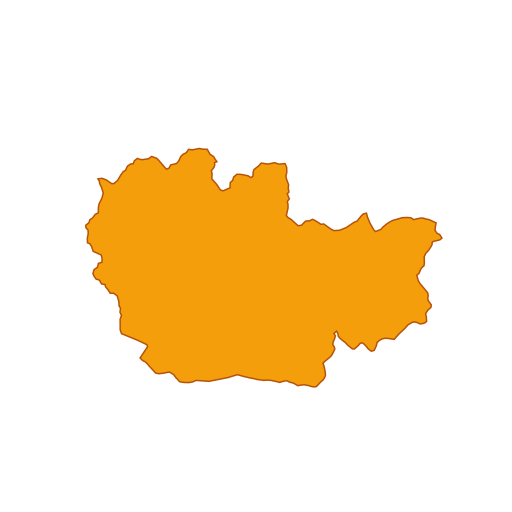 outline of Acauã, Piauí, Brazil, rotated 227°
{"feature_id": "56859067B70456575325692", "entity_name": "Acauã", "entity_type": "district", "adm_level": 2, "iso_a3": "BRA", "parent_name": "Brazil", "parent_adm1": "Piauí", "projection": "albers", "projection_center": [-41.014, -8.33], "detail": "fine", "context": "isolated", "style": "filled", "palette": "amber", "viewbox_px": 512, "rotation_deg": 227, "n_neighbors": 0, "source": "geoboundaries", "source_scale": "gbopen_adm2", "svg_char_len": 3941}
<svg xmlns="http://www.w3.org/2000/svg" viewBox="0 0 512 512"><g transform="rotate(227 256 256)"><path d="M290.9,104.7L274.8,112.1L265.6,115.7L263.6,114.8L260.5,101.7L256.8,101.8L253.9,102.9L251.1,103.0L247.8,102.8L244.2,102.8L238.7,102.8L236.1,104.7L234.1,107.4L232.7,109.5L231.6,111.4L230.1,113.6L225.1,114.9L221.6,114.4L218.7,114.5L216.1,114.4L213.2,116.6L211.5,118.2L209.1,120.7L207.1,123.8L205.9,127.3L198.3,134.4L196.5,136.0L186.2,152.6L183.8,157.6L181.9,161.4L175.6,165.3L170.7,168.6L167.1,171.3L165.2,172.4L159.7,176.9L157.7,179.5L154.6,182.3L149.8,185.6L147.4,187.1L145.5,191.0L143.7,193.5L140.7,194.6L137.4,196.7L132.6,198.2L131.0,200.7L128.9,203.5L125.2,206.2L122.5,207.7L120.9,209.0L119.4,210.8L119.4,212.9L119.6,215.6L119.7,218.1L119.6,220.6L120.1,222.6L121.1,225.1L122.6,226.5L125.3,228.4L129.2,230.7L131.8,231.8L132.0,234.8L131.8,237.4L131.6,241.8L131.9,244.2L132.9,246.9L134.2,250.2L136.0,251.2L139.0,251.8L140.7,254.2L141.9,257.1L143.5,259.6L146.2,260.2L146.1,263.6L143.3,263.0L141.3,261.5L138.8,261.3L135.1,261.7L131.8,262.3L128.0,262.3L124.6,262.8L122.4,263.1L120.9,264.6L120.7,269.1L121.1,272.8L119.7,274.7L116.9,275.0L114.4,275.0L111.5,274.7L107.7,275.4L106.4,278.0L107.1,280.0L108.4,283.0L110.1,285.4L110.1,288.8L109.3,291.8L107.9,294.2L105.6,296.4L100.8,300.2L101.1,303.2L101.5,307.7L101.5,311.7L101.5,315.6L102.0,320.3L100.8,325.4L99.1,327.5L96.7,328.8L94.7,329.5L92.8,331.9L91.9,334.1L91.8,336.2L95.5,339.2L98.1,340.6L99.2,344.9L99.1,348.9L100.7,350.9L104.2,351.3L106.3,351.6L108.0,352.9L109.5,354.8L112.1,356.5L115.7,356.7L119.1,356.9L123.6,357.1L125.9,357.5L128.0,358.2L132.3,360.5L132.1,363.2L133.1,365.6L134.0,367.5L134.4,369.6L134.3,372.2L135.9,374.2L140.9,378.7L142.2,382.3L142.4,385.6L142.8,387.6L143.4,389.9L144.2,392.4L145.9,394.3L145.4,396.4L144.0,398.5L142.4,401.6L142.3,404.2L146.5,405.0L148.9,403.9L152.5,404.4L154.5,406.4L157.4,410.3L164.8,407.3L167.1,405.5L169.3,404.4L171.4,402.4L175.2,396.0L178.3,395.4L181.2,392.7L184.3,389.1L187.6,382.5L188.6,380.7L189.6,377.5L190.3,373.5L190.6,368.8L190.3,365.5L192.3,360.2L194.5,359.9L202.4,361.8L208.7,364.2L212.0,366.0L213.6,363.0L213.5,359.9L212.6,353.8L213.8,350.6L215.2,341.5L217.8,334.7L221.5,330.2L225.1,329.0L233.2,327.4L235.0,325.0L237.7,324.5L241.7,323.4L244.3,322.3L245.2,319.2L247.7,316.1L247.6,312.6L247.4,310.3L249.5,307.4L259.1,306.6L262.3,305.6L264.9,305.8L269.2,312.1L271.8,314.5L274.5,316.1L275.0,319.3L277.6,320.3L280.2,321.3L280.3,323.7L283.6,325.8L285.8,328.4L292.6,331.3L294.7,333.2L296.0,335.4L299.8,338.8L303.8,340.3L307.4,335.5L311.6,333.2L315.0,327.5L320.4,323.2L320.1,319.3L320.6,313.6L319.4,311.2L316.5,308.3L316.8,305.7L320.1,304.9L322.2,303.4L326.0,300.6L328.8,297.8L329.0,293.5L327.2,290.5L327.3,287.3L323.6,283.5L326.1,276.3L328.8,275.0L335.2,276.1L342.6,276.3L346.1,280.0L348.9,281.5L349.4,285.6L350.7,287.9L352.6,289.3L351.6,291.7L355.0,292.2L357.7,292.8L361.7,291.8L367.3,293.1L370.7,289.7L373.3,287.9L375.7,284.0L377.1,281.8L379.9,279.5L379.1,275.4L380.1,272.1L380.1,269.1L378.2,264.2L377.8,261.0L380.8,255.7L379.6,252.4L380.6,249.6L392.3,250.1L395.2,250.0L400.0,247.6L400.4,243.8L403.8,238.8L405.8,237.0L408.3,235.8L408.6,232.0L407.2,229.1L408.8,227.1L409.4,223.4L407.6,218.8L408.3,216.5L407.3,211.8L405.6,206.2L405.9,201.5L407.3,199.8L413.7,198.4L416.2,197.2L418.0,196.2L420.2,193.0L417.7,192.5L415.5,191.0L411.8,189.9L406.3,187.3L403.3,182.6L401.2,176.8L398.8,173.6L395.1,170.1L396.1,166.9L395.3,162.1L395.8,159.1L394.3,156.6L394.6,152.5L392.7,150.9L389.4,150.8L386.7,148.4L383.9,144.6L380.5,141.7L378.5,142.8L375.3,142.3L370.4,140.1L364.2,142.7L362.2,143.5L358.9,141.5L356.5,139.0L358.1,135.7L355.9,132.4L356.5,128.3L354.4,124.8L351.8,123.8L348.1,123.3L345.3,125.0L340.9,124.0L338.0,126.2L336.3,125.0L332.2,124.7L328.1,124.0L326.0,126.4L323.7,126.9L321.6,127.3L316.0,124.5L312.9,121.8L310.2,121.3L307.7,118.2L304.3,117.1L302.4,113.5L294.6,106.3L290.9,104.7Z" fill="#f59e0b" stroke="#b45309" stroke-width="1.5"/></g></svg>